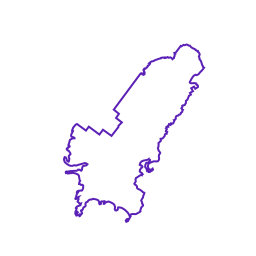 Shellharbour, New South Wales, Australia, rotated 117°
{"feature_id": "25037944B55724853403969", "entity_name": "Shellharbour", "entity_type": "district", "adm_level": 2, "iso_a3": "AUS", "parent_name": "Australia", "parent_adm1": "New South Wales", "projection": "albers", "projection_center": [150.774, -34.59], "detail": "fine", "context": "isolated", "style": "outline", "palette": "violet", "viewbox_px": 256, "rotation_deg": 117, "n_neighbors": 0, "source": "geoboundaries", "source_scale": "gbopen_adm2", "svg_char_len": 5776}
<svg xmlns="http://www.w3.org/2000/svg" viewBox="0 0 256 256"><g transform="rotate(117 128 128)"><path d="M196.3,162.8L195.8,162.4L195.9,161.0L193.0,156.7L192.3,154.1L192.2,151.4L192.7,150.2L196.3,147.5L196.8,146.6L198.2,146.8L200.1,146.2L199.7,145.3L200.0,144.8L200.1,144.1L199.3,142.9L199.6,141.8L202.1,140.6L204.4,140.6L204.9,140.9L205.2,141.8L206.5,143.7L207.5,144.5L208.5,144.4L208.8,143.7L208.5,143.4L209.9,143.6L212.5,143.2L213.3,142.5L214.0,142.9L214.9,142.8L215.1,142.5L214.6,141.8L212.1,141.0L211.7,140.6L212.7,140.8L213.9,139.7L216.5,139.5L216.9,137.7L217.3,137.1L217.1,136.3L216.5,135.6L218.4,135.3L220.8,137.6L221.5,137.7L221.8,138.0L222.7,138.2L223.2,138.0L223.2,137.2L224.0,137.1L224.7,136.6L226.3,136.9L228.4,136.0L228.4,135.8L228.1,135.6L226.0,135.1L225.8,134.8L225.9,134.4L227.0,134.7L227.8,134.4L228.6,134.9L229.3,134.6L229.5,134.2L229.4,134.0L228.7,134.0L228.4,132.9L227.1,132.0L228.5,131.1L228.3,130.9L227.8,131.0L226.9,130.6L224.8,130.2L224.0,131.0L223.7,131.7L222.9,132.4L222.4,132.2L222.0,131.5L220.7,131.4L218.8,131.6L217.5,130.6L216.7,130.5L216.2,130.6L215.2,131.4L213.5,131.7L212.0,130.5L210.8,130.5L209.5,129.8L208.8,129.1L208.3,128.0L207.1,127.2L206.2,124.5L205.9,122.5L206.0,121.6L206.8,120.3L208.6,119.2L208.8,118.5L208.0,117.7L206.4,118.4L205.8,118.5L205.3,118.1L205.0,117.1L204.7,116.6L204.0,116.1L203.9,115.5L204.5,115.2L206.2,115.4L206.6,115.2L206.5,114.9L206.0,114.5L204.5,114.2L202.8,112.6L202.3,111.8L202.1,109.4L202.1,107.3L202.6,105.4L204.3,103.6L206.3,103.0L207.1,101.9L206.9,101.0L205.8,100.2L205.1,100.1L204.5,100.5L203.2,100.7L202.5,99.2L202.0,97.1L202.3,93.7L203.5,89.8L204.7,87.8L206.0,86.2L206.1,85.6L205.6,85.5L204.5,86.3L203.5,86.1L202.5,84.8L201.5,82.5L200.9,81.7L197.2,79.2L196.6,79.0L195.9,79.6L192.8,80.1L190.3,79.4L189.6,79.7L188.9,81.2L188.0,81.5L186.7,83.3L184.7,83.3L183.1,83.1L181.1,83.7L179.2,83.7L178.3,84.0L178.4,85.7L177.9,87.1L177.6,89.2L177.7,92.1L177.2,92.8L175.9,93.6L175.3,94.8L175.2,96.5L174.6,97.1L172.2,96.8L170.1,98.1L169.1,98.2L164.4,95.5L164.0,95.0L163.8,94.2L163.2,94.5L162.5,94.0L161.7,95.6L161.9,96.5L161.4,97.8L159.8,98.4L158.6,98.1L157.9,98.2L156.6,97.5L156.0,97.5L155.5,98.1L155.3,98.8L155.3,99.3L155.6,99.5L155.6,100.8L153.5,101.2L151.7,100.8L150.0,99.4L147.9,96.7L146.9,95.7L146.4,95.5L146.7,95.3L146.3,94.2L146.6,93.7L148.2,93.7L149.8,94.5L150.6,95.7L151.1,95.9L153.4,95.7L154.9,95.0L156.0,92.9L157.1,92.0L155.7,91.7L155.5,91.2L156.0,91.1L157.1,90.1L157.7,90.2L157.9,89.7L157.2,88.5L156.2,88.1L155.0,87.2L153.7,86.8L153.1,87.5L154.1,87.7L153.9,88.0L155.1,88.8L155.0,91.1L153.4,92.8L151.4,93.4L150.1,93.3L147.8,91.6L145.9,89.8L145.0,87.7L144.1,86.3L142.7,86.0L141.4,86.2L139.4,87.6L137.6,88.2L136.0,87.9L135.4,88.1L135.0,88.8L134.2,90.5L132.3,92.3L130.6,92.4L129.8,92.9L128.8,93.2L127.7,94.0L124.5,92.9L122.8,94.1L121.9,92.7L121.2,92.3L118.4,91.7L117.0,92.2L116.3,91.9L115.5,90.9L114.8,91.2L113.8,91.3L114.0,91.9L113.8,92.8L112.9,93.0L111.8,92.7L111.0,93.2L111.1,93.9L111.0,94.1L109.9,93.7L109.4,94.2L108.5,93.6L108.8,92.8L108.7,92.6L108.0,93.0L105.9,93.3L105.8,93.0L106.1,92.6L106.0,91.8L105.5,92.1L104.6,91.9L105.1,91.2L104.5,90.8L104.0,90.8L103.7,90.1L103.2,89.8L100.4,90.0L100.1,90.6L99.4,89.9L98.1,89.6L97.6,90.1L95.7,90.4L95.0,90.0L94.0,88.8L93.1,88.7L92.2,87.7L91.2,87.5L90.5,87.8L89.0,87.0L87.9,87.4L86.9,87.3L86.9,88.0L86.2,89.4L84.5,89.1L83.6,89.8L83.1,89.5L81.9,88.0L81.3,87.8L80.4,87.9L79.6,87.7L77.6,88.7L76.9,88.5L75.9,87.9L71.6,88.3L69.7,87.1L68.6,88.7L65.7,86.8L63.9,89.7L61.2,88.0L62.5,85.9L59.8,84.3L58.5,84.9L58.3,85.5L58.3,86.9L57.4,87.3L57.7,89.0L59.5,92.0L59.5,93.5L59.0,93.8L54.6,93.7L51.7,93.2L49.9,92.1L49.8,90.9L48.2,89.6L45.7,89.1L43.0,88.2L39.7,87.6L39.5,89.1L38.8,89.4L38.2,90.5L35.5,93.1L34.4,94.9L34.4,95.3L33.8,95.9L32.9,96.2L32.2,97.3L30.0,97.5L29.5,97.8L28.6,99.2L28.3,100.2L27.9,100.5L28.2,100.7L27.9,101.5L27.9,102.8L27.5,103.2L27.6,104.1L27.3,104.7L27.6,106.4L27.2,108.9L26.5,110.3L27.0,111.3L26.9,113.5L28.6,115.3L28.7,116.2L31.1,117.6L31.0,118.3L39.2,119.7L40.0,120.7L40.6,119.7L40.8,119.9L41.4,119.9L42.1,119.4L43.0,119.1L43.8,119.2L44.8,118.8L45.4,119.3L46.5,119.6L45.8,121.4L45.8,122.2L47.0,123.8L46.8,124.9L48.1,125.9L48.2,126.6L48.5,126.4L49.0,126.9L49.3,128.9L50.6,130.5L51.1,130.4L52.0,131.6L55.6,135.0L56.8,135.6L58.1,137.3L60.1,138.4L60.6,138.5L60.3,137.7L60.7,137.5L63.1,138.1L63.5,138.7L64.3,138.4L65.1,138.5L65.6,138.7L65.7,139.0L66.7,139.1L68.0,140.0L67.8,140.4L69.1,140.6L69.2,140.0L70.0,139.8L70.7,139.2L70.8,138.5L72.7,137.7L73.7,138.5L73.2,139.5L72.9,139.6L73.3,139.9L73.0,140.1L73.2,141.1L74.2,141.6L118.1,149.0L119.5,142.5L124.5,143.2L125.8,136.0L130.4,137.5L131.6,137.0L132.1,137.1L142.5,139.1L140.9,149.5L146.8,150.5L144.6,163.5L149.4,164.3L147.6,175.2L148.6,176.0L150.1,176.5L152.6,177.0L155.5,176.7L156.0,176.5L155.7,175.7L157.1,175.5L158.4,175.7L160.4,175.4L161.3,174.7L161.0,171.3L161.5,171.0L162.4,172.7L164.9,174.3L166.5,174.1L166.9,173.8L170.3,173.4L170.5,173.0L170.3,172.4L170.9,171.6L171.1,171.6L171.1,172.2L171.4,172.5L172.0,172.4L172.7,172.7L172.9,172.4L173.9,173.1L174.6,173.1L175.4,171.8L175.1,170.8L176.3,168.4L176.9,167.7L177.3,167.4L177.7,167.4L179.1,168.0L179.9,168.0L180.7,167.6L182.2,166.2L184.3,165.6L184.9,165.6L185.1,165.8L185.0,166.6L184.7,167.6L183.4,168.8L182.5,170.0L182.7,171.2L184.1,171.1L185.2,170.7L186.5,169.5L187.2,168.5L187.8,166.0L188.0,163.2L187.8,162.3L187.2,160.7L185.4,158.7L185.2,157.3L183.8,156.0L178.8,150.5L178.5,149.0L178.7,147.7L180.2,148.1L182.3,150.8L183.5,150.9L186.3,150.1L187.2,150.2L187.4,150.9L187.1,152.0L187.7,153.5L188.4,153.6L189.5,154.5L192.5,159.7L194.2,161.9L194.6,163.0L195.2,163.5L195.7,163.4L196.3,162.8ZM207.9,85.8L209.0,86.4L209.4,87.3L210.2,87.8L211.6,87.9L212.3,86.9L210.8,85.7L209.2,85.8L208.0,85.6L207.9,85.8Z" fill="none" stroke="#5b21b6" stroke-width="2"/></g></svg>